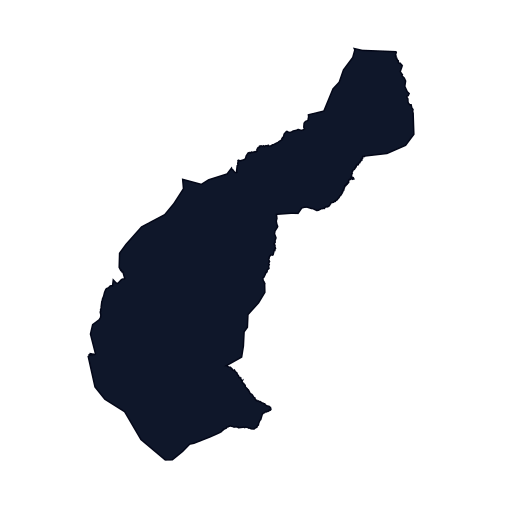 O'mnodelger, Hentiy, Mongolia (Robinson projection), rotated 76°
{"feature_id": "93677404B98015176307240", "entity_name": "O'mnodelger", "entity_type": "district", "adm_level": 2, "iso_a3": "MNG", "parent_name": "Mongolia", "parent_adm1": "Hentiy", "projection": "robinson", "projection_center": [109.533, 48.49], "detail": "fine", "context": "isolated", "style": "filled", "palette": "ink", "viewbox_px": 512, "rotation_deg": 76, "n_neighbors": 0, "source": "geoboundaries", "source_scale": "gbopen_adm2", "svg_char_len": 6110}
<svg xmlns="http://www.w3.org/2000/svg" viewBox="0 0 512 512"><g transform="rotate(76 256 256)"><path d="M176.1,73.4L155.5,69.0L153.5,69.0L151.8,68.2L150.0,69.0L146.8,68.9L146.5,70.1L144.6,71.2L142.9,71.2L140.3,70.6L138.3,71.3L137.5,70.9L137.2,69.5L135.4,68.1L133.2,69.5L127.4,70.6L122.4,68.5L119.2,69.1L116.2,71.0L115.5,70.1L112.0,71.5L107.3,68.4L106.6,68.5L106.4,68.1L103.7,69.6L103.8,70.1L103.0,71.1L101.0,70.7L100.7,71.2L99.8,71.3L99.6,71.7L98.8,72.0L98.7,71.6L98.1,71.5L97.7,72.0L96.0,72.4L95.9,71.7L94.7,72.0L92.3,70.6L91.7,70.8L91.5,71.3L82.2,103.2L78.5,110.5L79.9,110.2L86.8,114.1L96.6,126.1L107.5,133.2L112.4,140.8L131.8,155.1L131.7,171.0L133.8,171.3L135.3,172.1L136.7,172.3L136.8,173.0L137.3,173.8L137.3,174.9L138.0,176.3L138.8,177.2L142.6,178.5L144.6,178.2L145.1,180.2L145.1,181.7L143.4,184.5L143.8,186.2L143.7,189.8L144.2,191.1L144.4,193.0L143.8,194.6L142.8,195.4L142.5,196.3L144.5,199.2L147.5,200.7L147.4,201.6L148.2,201.9L148.4,202.5L149.5,202.8L150.5,206.0L151.3,207.4L151.4,209.1L151.7,209.5L151.9,211.0L152.3,211.9L152.1,213.0L152.4,213.3L152.3,213.8L153.1,214.8L152.7,215.1L152.7,216.7L151.5,217.4L152.0,218.0L151.3,219.8L151.9,221.2L151.3,221.4L150.8,222.2L151.3,222.6L151.4,223.1L150.5,224.0L150.2,225.5L150.4,226.2L151.4,226.3L151.3,227.7L152.0,228.6L152.6,228.6L152.9,229.3L153.5,229.6L154.3,229.3L155.0,230.3L154.5,231.5L155.0,231.9L154.5,232.6L154.8,232.9L154.5,234.1L154.7,234.5L154.1,235.2L154.5,235.7L154.3,236.2L154.7,236.5L154.5,237.2L154.0,237.4L154.1,238.7L156.5,241.3L158.7,242.5L159.4,243.4L159.7,245.0L159.8,247.9L159.7,248.6L158.8,249.8L159.0,250.4L160.5,250.6L161.5,251.3L163.3,251.4L163.8,252.4L168.9,254.3L170.3,254.3L170.4,254.6L169.8,256.2L169.3,256.6L166.7,257.7L166.3,258.4L164.8,258.5L169.4,264.2L170.6,283.5L173.3,291.7L163.9,308.6L173.2,310.1L185.3,323.0L193.8,334.5L200.1,360.0L213.3,379.3L220.3,387.7L233.9,391.5L237.2,390.7L237.0,390.3L238.5,389.9L238.9,389.2L239.3,389.5L239.5,389.0L246.2,388.8L246.5,389.4L246.1,390.7L246.3,392.2L249.2,396.7L248.4,398.2L244.7,400.3L250.3,402.4L249.8,403.6L249.8,404.7L251.2,406.9L251.5,409.0L252.1,409.8L254.6,411.7L258.2,413.6L260.6,415.4L262.1,415.9L262.6,416.5L265.9,417.8L266.3,417.7L267.0,418.3L269.2,418.8L270.2,419.7L272.1,420.1L272.6,420.7L275.7,420.8L278.1,421.7L280.0,423.7L283.1,431.1L291.7,435.5L311.9,435.4L312.1,435.9L312.5,436.2L312.6,436.9L312.3,437.4L312.3,437.8L311.7,437.8L311.6,438.2L311.8,438.7L311.4,439.2L311.7,439.3L311.0,439.5L310.7,440.3L311.4,440.3L311.1,440.7L311.3,441.3L311.5,441.0L312.2,441.1L312.1,441.6L312.9,443.1L344.1,443.9L358.4,437.3L375.3,421.1L406.3,412.0L431.9,393.4L433.5,386.5L427.8,374.4L422.5,365.9L422.7,361.6L420.4,344.2L418.5,333.6L418.1,332.8L418.1,332.0L417.3,331.2L417.0,330.1L416.1,329.5L416.4,329.0L416.1,328.3L416.0,327.2L415.8,326.4L415.0,325.6L415.0,324.1L414.6,323.4L414.8,322.9L414.5,321.8L415.1,321.4L415.7,320.0L416.6,318.9L416.9,317.7L416.7,316.7L417.1,316.5L417.0,315.9L417.6,315.4L417.7,314.7L418.4,314.6L418.5,314.1L419.0,310.1L418.8,309.8L419.8,308.4L419.4,307.5L420.6,305.2L421.2,304.8L421.6,303.3L422.5,302.6L423.4,299.7L422.8,298.6L422.3,296.5L421.2,295.9L420.6,294.6L419.0,293.9L416.5,292.1L415.9,291.0L410.6,287.9L410.7,287.5L410.2,286.9L410.1,285.5L409.2,284.2L409.8,283.5L409.5,283.1L409.7,282.0L409.3,280.7L408.6,280.4L409.1,279.4L408.4,278.6L406.4,278.6L406.3,279.2L405.1,279.6L403.9,281.9L402.5,283.1L401.5,283.3L401.3,284.1L400.5,284.7L400.0,285.7L398.3,287.1L398.4,287.5L397.1,288.9L397.1,289.6L396.5,290.4L396.1,290.3L396.0,290.9L394.3,291.7L393.7,291.3L392.4,292.5L390.3,293.0L389.2,293.6L388.0,294.9L384.0,295.8L383.7,296.5L382.8,296.5L380.6,298.0L378.7,297.8L377.6,298.8L377.0,298.6L376.4,298.9L375.6,300.0L374.4,299.8L373.5,299.2L373.7,299.8L373.5,300.0L371.4,300.5L370.8,300.3L370.7,300.7L370.0,300.9L369.9,301.8L367.8,302.0L366.6,302.7L364.6,302.9L363.4,304.0L361.5,304.5L361.9,305.1L361.4,305.4L361.1,306.3L360.2,306.3L357.7,307.8L357.4,309.0L356.2,310.4L355.4,310.5L355.2,311.2L350.6,294.4L340.3,290.0L326.7,285.9L323.1,281.6L310.9,278.0L302.0,264.8L293.4,256.2L285.8,254.5L285.0,254.1L284.3,254.2L284.0,254.6L283.2,254.4L281.5,255.0L278.9,254.7L278.6,253.6L276.0,251.4L274.9,251.1L274.5,250.6L274.6,250.3L274.3,250.2L274.6,249.8L273.8,249.0L272.3,248.5L271.2,246.4L268.6,246.2L267.6,245.2L266.1,245.6L264.7,244.2L262.0,244.6L261.3,243.7L260.3,243.5L258.5,241.4L259.2,239.6L258.9,239.1L255.9,237.5L255.3,237.6L255.0,237.2L255.2,236.4L254.2,236.4L253.6,235.9L253.8,235.6L253.4,235.2L251.3,235.4L250.1,234.9L249.5,235.5L248.2,235.4L247.6,234.2L245.1,233.6L244.0,232.6L243.0,232.2L239.0,232.7L236.3,231.5L233.3,228.3L232.5,227.8L230.2,228.1L227.0,227.9L224.6,226.6L220.5,226.1L223.1,211.1L224.8,204.9L220.5,200.0L220.4,197.3L220.9,194.7L223.4,190.6L223.8,189.3L226.6,186.0L226.7,184.3L225.9,181.2L226.2,179.5L225.9,178.4L226.2,178.1L225.9,178.0L225.8,177.5L225.1,176.6L225.5,175.5L225.2,175.5L225.5,174.0L225.1,173.6L225.1,172.8L223.4,171.2L223.3,170.8L222.7,170.6L222.3,169.5L222.6,169.0L222.6,167.7L222.1,167.2L222.2,165.9L221.5,165.8L221.6,165.2L221.0,163.4L220.1,162.6L219.5,161.4L217.9,160.1L217.8,159.3L215.8,157.2L215.2,157.2L214.9,156.4L214.1,155.9L214.0,156.4L213.8,156.3L213.7,155.9L213.1,155.4L213.1,154.7L212.0,154.6L211.4,153.8L209.9,153.0L209.7,152.4L209.2,152.6L209.1,151.4L208.3,151.1L208.5,150.7L208.1,150.4L208.2,150.1L207.5,150.0L207.7,149.4L207.1,148.3L206.1,148.1L206.0,148.4L204.6,147.5L204.7,146.9L204.3,146.4L204.5,145.9L204.0,145.8L203.9,144.8L203.7,144.8L204.9,144.0L204.9,142.4L203.5,142.7L202.8,143.5L202.9,144.0L201.9,144.4L200.9,143.7L200.2,143.8L199.8,143.2L199.3,143.3L199.2,142.8L198.7,143.0L197.4,142.0L197.1,142.2L196.6,141.9L196.6,141.5L196.3,141.5L195.7,139.6L194.8,138.6L194.3,138.7L194.2,138.0L193.5,137.6L193.6,137.2L192.3,136.7L192.0,136.1L192.2,135.6L191.8,135.5L192.1,135.1L192.1,134.6L190.9,134.1L190.7,133.3L190.2,132.9L190.4,132.6L189.6,132.1L189.5,131.6L188.7,131.2L188.6,130.6L187.9,130.5L188.3,130.0L187.3,129.7L187.2,129.4L186.5,129.0L186.6,128.8L185.2,128.4L185.7,127.0L185.7,126.6L185.3,126.3L188.2,104.1L184.8,84.1L176.1,73.4Z" fill="#0f172a" stroke="#020617" stroke-width="1.5"/></g></svg>